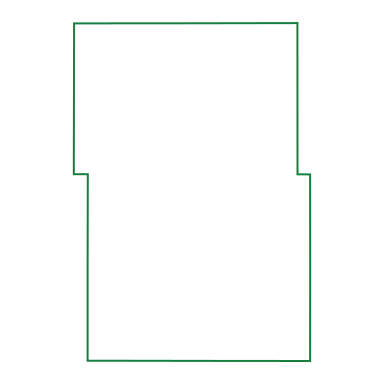 Towner, North Dakota, United States of America
{"feature_id": "52423323B68396918157782", "entity_name": "Towner", "entity_type": "district", "adm_level": 2, "iso_a3": "USA", "parent_name": "United States of America", "parent_adm1": "North Dakota", "projection": "robinson", "projection_center": [-99.23, 48.685], "detail": "fine", "context": "isolated", "style": "outline", "palette": "green", "viewbox_px": 384, "rotation_deg": 0, "n_neighbors": 0, "source": "geoboundaries", "source_scale": "gbopen_adm2", "svg_char_len": 295}
<svg xmlns="http://www.w3.org/2000/svg" viewBox="0 0 384 384"><path d="M74.1,23.4L73.8,174.2L87.8,174.2L87.6,267.4L87.6,360.7L212.3,360.9L310.1,361.0L310.2,267.7L310.1,174.4L297.5,174.3L297.4,23.0L297.1,23.0L292.9,23.1L185.3,23.3L74.1,23.4Z" fill="none" stroke="#15803d" stroke-width="2"/></svg>